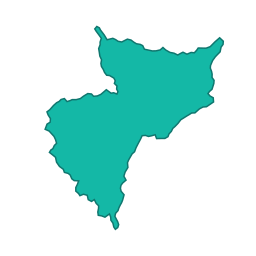 Taquarivaí, São Paulo, Brazil (orthographic projection), rotated 98°
{"feature_id": "56859067B24863569730487", "entity_name": "Taquarivaí", "entity_type": "district", "adm_level": 2, "iso_a3": "BRA", "parent_name": "Brazil", "parent_adm1": "São Paulo", "projection": "orthographic", "projection_center": [-48.686, -23.94], "detail": "fine", "context": "isolated", "style": "filled", "palette": "teal", "viewbox_px": 256, "rotation_deg": 98, "n_neighbors": 0, "source": "geoboundaries", "source_scale": "gbopen_adm2", "svg_char_len": 2447}
<svg xmlns="http://www.w3.org/2000/svg" viewBox="0 0 256 256"><g transform="rotate(98 128 128)"><path d="M78.0,50.2L72.0,49.2L68.8,49.4L66.3,51.8L62.9,52.2L60.4,53.1L57.3,54.8L54.7,55.0L49.4,53.6L45.4,51.5L43.3,50.0L39.8,47.4L35.0,47.1L32.0,45.5L28.8,45.7L25.9,49.8L30.5,53.8L36.0,57.9L38.1,61.8L38.5,65.1L39.0,69.6L41.4,70.8L44.3,72.8L44.4,76.0L46.7,79.9L45.3,84.1L46.8,86.3L48.8,88.9L47.5,92.9L47.3,97.0L45.5,101.5L43.4,104.6L46.2,107.0L47.7,111.0L48.3,114.6L47.7,122.7L44.4,124.9L43.5,127.5L43.4,131.4L42.1,134.4L40.5,137.2L40.1,141.0L43.7,146.2L43.5,150.0L42.2,152.5L41.3,155.5L43.5,161.0L39.2,164.5L34.8,168.9L32.8,170.3L31.8,173.0L34.5,174.7L36.8,172.8L39.4,170.2L42.9,166.9L46.8,167.6L49.4,167.2L53.4,168.1L56.9,167.0L60.7,165.9L64.1,163.7L67.9,163.8L70.7,162.9L73.5,160.6L76.2,159.0L78.7,156.5L78.6,153.6L80.5,149.0L83.0,147.2L85.8,147.7L87.9,144.8L91.0,144.7L93.4,143.0L95.9,143.7L95.1,147.1L95.9,149.6L94.6,152.0L93.1,154.8L96.4,157.7L98.5,159.6L100.5,162.8L101.4,166.5L99.4,168.9L99.5,172.6L102.6,176.4L105.5,179.3L107.1,183.2L107.7,187.3L109.1,189.4L110.3,192.1L107.7,195.1L109.1,198.3L111.2,199.8L112.9,202.2L116.1,204.9L120.8,208.0L123.3,210.5L126.2,208.9L129.5,206.1L133.1,205.9L135.4,208.7L140.8,209.9L142.0,205.7L146.6,200.1L149.5,198.2L153.1,196.6L155.5,198.5L158.9,199.5L160.6,201.4L163.1,202.4L164.6,199.8L167.1,195.7L171.8,194.0L175.6,190.5L177.9,186.3L180.8,184.8L181.3,180.9L182.6,178.7L186.1,176.6L187.6,174.0L187.2,169.5L191.0,170.3L194.2,171.4L197.8,170.9L199.8,167.8L201.7,166.2L199.8,162.9L200.3,159.0L204.5,157.4L205.8,153.9L203.6,151.4L207.1,149.0L209.1,146.3L211.5,146.0L215.4,146.2L218.6,145.3L218.7,141.9L219.5,138.4L215.7,134.4L218.5,132.8L221.7,132.1L224.3,129.7L228.0,128.3L230.1,126.4L228.0,124.3L225.0,123.8L222.2,125.2L220.1,126.7L217.3,128.7L214.2,128.4L211.2,126.4L208.3,125.9L205.2,124.9L203.0,124.0L200.1,123.3L194.7,122.6L191.6,126.0L188.8,127.1L185.8,127.0L183.3,125.7L179.9,122.7L176.3,125.4L172.0,124.7L167.1,122.6L162.4,123.7L159.5,122.9L156.7,121.8L153.0,120.3L150.6,118.2L146.4,117.3L141.5,115.6L137.7,114.2L133.6,112.9L132.9,109.6L133.5,106.5L132.4,103.5L130.9,100.2L134.5,98.2L134.0,95.3L133.2,90.0L131.0,87.2L128.2,86.6L125.3,84.6L122.2,83.6L120.0,81.7L116.4,79.1L112.5,76.9L109.9,73.8L107.7,71.2L105.9,68.9L104.3,67.1L103.7,63.8L99.1,59.9L96.8,56.7L96.0,53.2L93.3,50.2L90.3,46.9L86.2,47.8L84.9,51.2L82.8,53.6L80.5,52.4L78.0,50.2Z" fill="#14b8a6" stroke="#0f766e" stroke-width="1.5"/></g></svg>